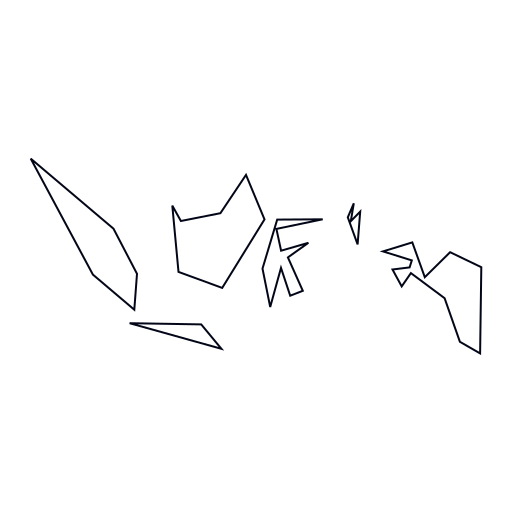 outline of Indonesia
{"feature_id": "IDN", "entity_name": "Indonesia", "entity_type": "country or territory", "adm_level": 0, "iso_a3": "IDN", "parent_name": "Asia", "parent_adm1": "", "projection": "equal_earth", "projection_center": [119.503, -2.501], "detail": "coarse", "context": "isolated", "style": "outline", "palette": "ink", "viewbox_px": 512, "rotation_deg": 0, "n_neighbors": 0, "source": "natural_earth", "source_scale": "50m", "svg_char_len": 729}
<svg xmlns="http://www.w3.org/2000/svg" viewBox="0 0 512 512"><path d="M172.3,205.6L180.9,221.0L220.4,213.2L246.0,174.9L264.5,219.4L222.2,287.9L178.5,271.9L172.3,205.6ZM30.7,158.6L113.5,228.7L137.0,273.8L134.3,309.7L92.9,274.6L30.7,158.6ZM481.3,267.2L480.1,353.4L459.9,341.8L444.6,298.2L410.9,273.1L401.7,286.4L392.5,269.5L409.6,267.4L411.8,260.4L383.0,251.4L412.3,242.4L424.8,277.2L450.1,252.2L481.3,267.2ZM322.7,219.3L276.4,228.9L281.1,250.7L308.4,242.8L287.9,257.4L302.8,290.8L290.2,295.7L281.0,267.9L270.2,307.0L262.5,268.6L277.2,219.6L322.7,219.3ZM129.6,323.2L201.2,324.4L221.4,348.8L129.6,323.2ZM350.8,221.2L360.2,211.6L357.6,244.4L347.8,217.3L353.8,203.3L350.8,221.2Z" fill="none" stroke="#020617" stroke-width="2"/></svg>